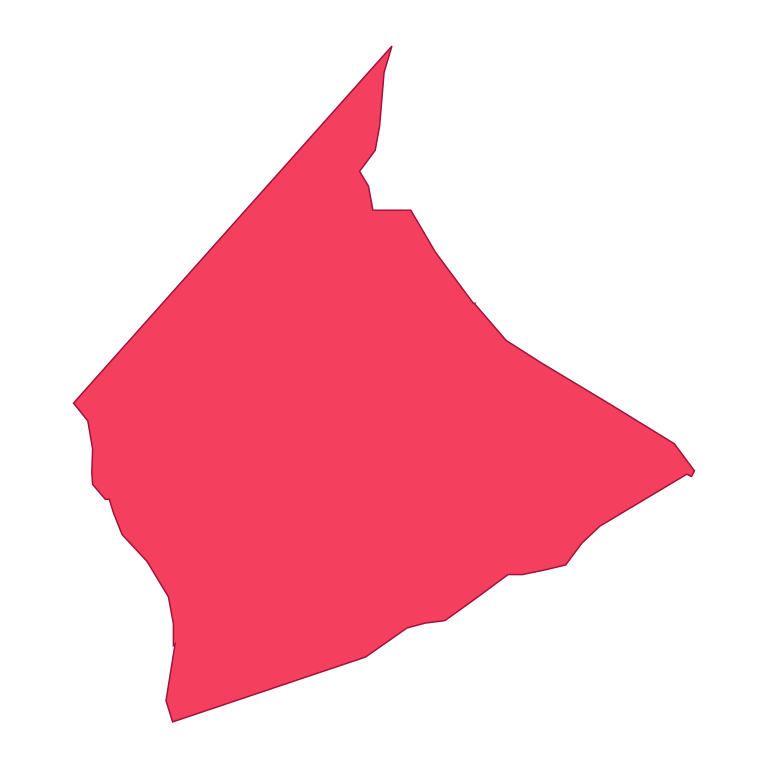 Ravine Claire, Soufrière, Saint Lucia (Equal Earth projection)
{"feature_id": "8701671B59921054204413", "entity_name": "Ravine Claire", "entity_type": "district", "adm_level": 2, "iso_a3": "LCA", "parent_name": "Saint Lucia", "parent_adm1": "Soufrière", "projection": "equal_earth", "projection_center": [-61.028, 13.854], "detail": "fine", "context": "isolated", "style": "filled", "palette": "rose", "viewbox_px": 768, "rotation_deg": 0, "n_neighbors": 0, "source": "geoboundaries", "source_scale": "gbopen_adm2", "svg_char_len": 724}
<svg xmlns="http://www.w3.org/2000/svg" viewBox="0 0 768 768"><path d="M391.9,46.1L73.5,403.1L87.8,420.9L92.6,448.9L91.8,472.6L92.6,484.4L105.4,499.4L109.3,499.3L113.4,512.7L122.1,534.6L147.1,561.5L168.4,596.8L173.4,623.7L173.4,645.5L175.1,643.9L166.0,700.6L172.6,721.9L365.6,657.0L407.1,627.9L425.1,623.1L444.9,620.6L472.0,601.2L508.0,574.6L522.4,574.6L545.9,569.7L565.7,564.9L581.9,543.1L599.9,526.1L686.8,474.2L691.5,476.5L694.5,470.8L693.8,470.0L674.4,443.8L610.3,404.4L540.8,362.6L506.1,340.4L474.6,303.8L475.0,303.3L474.1,303.2L473.3,303.2L467.7,295.7L435.4,252.2L410.8,210.2L372.9,210.2L368.5,186.2L359.6,171.3L375.2,150.3L379.6,126.3L384.1,72.3L391.9,46.1Z" fill="#f43f5e" stroke="#9f1239" stroke-width="1.5"/></svg>